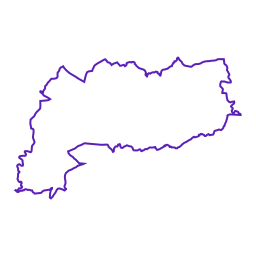 the district of Marovoay, Boeny, Madagascar
{"feature_id": "10022922B7387017022835", "entity_name": "Marovoay", "entity_type": "district", "adm_level": 2, "iso_a3": "MDG", "parent_name": "Madagascar", "parent_adm1": "Boeny", "projection": "orthographic", "projection_center": [46.607, -16.229], "detail": "fine", "context": "isolated", "style": "outline", "palette": "violet", "viewbox_px": 256, "rotation_deg": 0, "n_neighbors": 0, "source": "geoboundaries", "source_scale": "gbopen_adm2", "svg_char_len": 5719}
<svg xmlns="http://www.w3.org/2000/svg" viewBox="0 0 256 256"><path d="M240.6,115.0L240.6,114.3L240.4,114.0L238.7,113.3L238.4,112.3L237.7,111.7L235.8,111.0L235.1,111.0L234.2,112.6L233.7,113.0L232.9,112.8L232.0,111.9L231.7,110.9L232.3,109.6L232.7,109.1L232.7,108.2L231.3,106.9L231.0,106.3L232.6,104.5L233.8,103.7L234.3,102.5L234.1,101.5L231.9,101.8L230.2,102.4L229.0,101.8L227.5,100.3L226.8,97.4L226.4,93.7L226.2,93.3L225.9,93.2L222.3,93.0L222.3,92.1L222.9,89.8L222.7,88.7L220.3,86.3L220.2,84.7L220.4,83.5L221.0,81.8L221.6,81.3L223.1,81.6L224.0,81.4L227.6,82.5L230.6,82.5L230.9,81.9L230.6,80.6L228.4,77.6L228.4,76.3L229.2,75.1L229.3,74.2L228.4,72.7L227.8,71.4L226.9,70.1L227.3,68.2L227.2,67.0L226.3,65.3L224.8,64.3L224.3,63.5L224.0,60.5L223.7,60.2L223.9,59.3L222.8,59.1L217.8,59.2L216.3,60.1L214.6,60.5L210.7,60.8L209.0,61.2L208.3,61.1L204.8,61.5L202.6,62.2L200.4,63.5L198.5,64.0L195.2,64.2L192.6,65.7L191.7,66.6L191.0,66.8L185.6,65.8L184.2,65.3L183.6,64.6L183.0,64.3L181.8,62.4L181.7,61.9L180.5,60.7L179.6,60.2L179.2,59.1L178.6,58.4L178.5,57.9L178.0,57.6L177.0,58.4L177.1,59.4L176.6,60.4L176.2,60.6L175.5,61.5L174.5,61.3L174.2,62.1L173.3,62.8L173.2,63.1L173.4,63.5L172.6,64.1L172.0,65.4L171.9,66.1L171.1,66.2L169.7,66.9L167.4,68.8L166.5,68.8L165.6,69.3L163.1,69.7L162.2,70.2L161.4,71.2L160.8,74.1L160.7,75.1L160.3,75.6L159.8,75.4L159.2,74.5L158.8,73.5L157.8,73.4L157.5,73.2L157.4,72.0L155.9,71.6L154.1,72.5L153.6,72.3L152.4,72.4L150.8,73.1L150.2,73.7L148.9,73.2L148.3,73.8L147.7,73.9L147.4,74.1L147.4,75.7L147.0,76.4L145.7,75.1L145.5,74.6L145.9,72.6L145.0,70.7L143.8,69.7L138.8,68.0L136.5,65.9L135.4,64.4L134.7,63.9L134.7,62.7L133.9,62.1L132.8,61.8L131.5,62.5L131.0,62.1L130.5,62.2L129.7,62.0L127.0,62.9L126.5,63.4L126.6,64.6L126.0,65.5L124.9,66.2L124.2,65.1L123.6,64.8L121.4,65.6L120.1,65.8L117.1,62.4L113.8,63.6L112.4,64.4L111.6,65.0L111.0,64.1L110.5,63.7L110.3,63.2L109.4,62.7L108.2,62.4L107.5,62.1L106.9,61.0L106.1,60.4L105.7,59.5L105.3,59.3L104.8,59.3L97.2,63.6L95.2,65.0L94.1,66.2L93.6,67.7L92.9,68.7L92.2,70.9L88.6,71.4L87.0,72.3L85.9,75.0L84.2,81.9L77.7,78.2L75.9,76.9L69.5,73.1L67.6,71.5L65.9,69.9L64.4,68.2L63.1,66.3L62.0,67.1L60.9,67.4L60.2,68.1L59.4,69.6L59.3,70.4L58.5,71.7L57.7,72.5L57.5,74.3L57.6,76.1L57.4,77.1L56.9,77.8L56.0,78.3L54.3,78.7L51.3,78.8L49.0,81.6L47.8,82.7L47.0,84.3L45.4,85.9L45.1,86.6L45.1,88.4L43.2,91.2L43.1,92.3L42.3,92.3L41.0,91.3L40.5,91.2L40.3,91.4L40.3,91.9L40.6,92.3L42.1,93.3L43.9,95.6L47.7,97.5L50.1,99.1L49.2,99.7L47.8,100.3L40.3,101.0L40.4,105.6L40.2,108.2L39.9,108.9L36.6,112.1L35.4,113.8L34.8,114.8L34.7,115.4L34.1,116.3L30.6,119.5L30.3,123.0L30.6,125.3L31.0,126.7L31.1,128.4L31.7,128.7L32.8,128.8L33.5,129.7L33.6,131.9L32.9,137.5L34.5,141.9L34.4,142.5L34.0,143.5L32.0,146.0L31.6,150.6L31.3,151.7L30.9,152.1L29.9,152.0L27.4,151.1L25.2,151.1L24.7,151.9L26.0,154.2L25.9,155.0L25.6,155.4L24.8,155.9L24.0,155.7L20.9,156.0L19.7,156.4L19.2,157.1L19.2,157.7L19.4,157.9L21.9,159.6L22.5,160.4L22.7,162.9L23.1,164.7L22.8,165.6L21.8,165.8L21.1,165.6L19.6,164.3L19.1,164.2L17.6,165.0L17.3,165.6L17.2,166.5L18.1,168.3L18.2,170.9L19.2,171.5L19.5,171.9L19.4,172.3L18.1,173.6L18.0,176.5L17.5,178.9L18.6,181.4L19.6,182.1L20.2,182.1L20.8,181.7L21.3,182.0L21.7,183.1L21.1,184.2L21.0,185.3L21.1,185.8L21.9,186.3L22.1,186.8L21.6,187.9L20.6,188.3L19.1,188.3L17.7,190.3L17.1,190.6L15.7,190.1L15.4,190.3L17.4,192.0L17.9,192.1L18.9,191.7L20.1,190.7L21.1,190.9L21.8,190.5L22.5,190.7L23.2,190.1L23.9,190.3L25.0,189.3L26.5,189.3L27.8,190.0L29.2,189.8L30.0,189.9L30.9,190.5L32.1,190.4L32.8,192.1L34.3,193.1L34.7,193.6L40.2,193.0L41.2,192.8L42.3,191.6L43.7,190.6L48.4,189.8L49.8,189.8L51.3,188.1L52.0,188.0L51.9,188.9L51.3,189.5L50.7,190.6L50.1,193.5L49.8,197.3L50.2,197.9L50.9,198.4L52.7,196.6L54.1,194.3L55.5,192.5L56.6,190.2L57.7,188.8L58.8,188.5L60.2,188.6L61.9,189.2L64.6,190.5L66.1,189.1L66.0,188.7L64.8,187.9L64.5,186.5L64.6,185.8L65.5,183.6L65.4,180.4L64.9,178.6L64.9,176.0L65.3,174.4L66.0,173.0L68.7,170.6L71.8,169.4L74.3,167.9L75.7,167.4L77.8,165.8L83.1,164.1L83.9,163.7L79.2,163.3L75.6,159.5L74.2,158.6L72.8,156.9L70.0,155.1L68.6,153.3L68.1,151.4L75.0,148.5L78.0,146.1L81.4,144.9L84.1,143.4L85.9,143.3L86.7,143.5L101.3,144.8L107.2,144.6L108.0,145.2L108.5,146.2L108.5,146.7L109.2,147.5L111.3,149.2L112.4,150.7L113.0,151.9L113.4,151.7L113.8,151.2L114.0,148.5L115.4,146.6L115.8,146.4L117.3,146.5L118.1,145.3L118.1,144.7L118.8,144.7L119.7,144.1L120.1,144.7L120.4,146.4L120.8,147.5L121.6,147.9L122.6,147.9L124.1,146.6L125.4,146.1L126.9,145.3L129.0,146.2L131.0,146.4L131.5,146.7L132.4,147.7L133.3,149.9L134.0,150.4L137.6,150.4L138.9,149.6L140.0,149.3L140.3,149.5L141.2,151.0L141.8,151.2L142.6,150.6L144.0,150.1L144.8,149.3L145.9,149.0L147.0,149.2L149.4,147.6L150.0,147.4L151.7,147.6L153.7,147.4L154.9,147.0L155.2,147.0L155.3,147.9L156.2,148.7L156.6,149.5L156.9,149.8L157.7,149.8L159.6,149.1L162.9,147.2L163.8,146.6L164.4,145.6L165.0,145.4L165.2,146.0L165.8,145.6L166.1,145.1L166.7,144.8L167.7,144.9L168.5,145.6L169.5,145.9L169.7,146.1L169.7,146.9L170.3,147.0L171.2,146.8L171.7,147.4L172.2,147.5L172.9,147.3L174.4,147.5L175.1,147.7L175.6,148.2L175.9,148.3L177.3,148.2L177.9,147.4L179.4,147.0L180.9,145.8L182.2,144.4L184.3,142.8L186.4,141.9L188.6,140.4L190.9,139.3L192.0,138.1L193.8,136.8L194.2,136.8L194.4,137.1L195.1,137.3L197.8,136.5L199.1,135.7L199.0,134.8L200.1,134.7L200.8,133.9L201.2,133.9L201.7,134.3L202.4,134.1L203.4,134.8L204.0,134.9L204.8,136.0L205.7,136.0L207.6,134.5L208.5,134.1L209.3,134.7L209.5,135.2L213.3,134.5L214.4,131.4L214.6,131.0L215.2,130.7L217.0,130.3L218.9,129.5L221.1,130.1L222.6,128.8L223.3,127.9L223.7,126.3L224.5,125.9L224.7,124.8L226.2,121.3L226.9,118.9L227.5,116.6L227.3,115.9L228.0,115.0L230.1,114.4L240.6,115.0Z" fill="none" stroke="#5b21b6" stroke-width="2"/></svg>